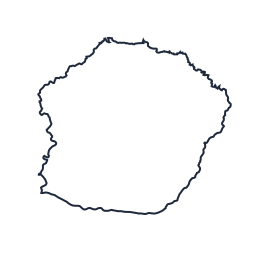 Rio Sono, Tocantins, Brazil, rotated 283°
{"feature_id": "56859067B84036552664614", "entity_name": "Rio Sono", "entity_type": "district", "adm_level": 2, "iso_a3": "BRA", "parent_name": "Brazil", "parent_adm1": "Tocantins", "projection": "robinson", "projection_center": [-47.503, -9.644], "detail": "fine", "context": "isolated", "style": "outline", "palette": "slate", "viewbox_px": 256, "rotation_deg": 283, "n_neighbors": 0, "source": "geoboundaries", "source_scale": "gbopen_adm2", "svg_char_len": 5787}
<svg xmlns="http://www.w3.org/2000/svg" viewBox="0 0 256 256"><g transform="rotate(283 128 128)"><path d="M58.2,182.7L59.3,182.5L60.4,183.0L61.3,183.2L62.4,183.7L62.9,184.2L63.9,186.5L64.6,187.6L65.6,188.6L66.7,189.3L67.3,189.8L68.2,191.9L69.0,192.4L70.2,192.3L73.6,192.8L75.0,193.1L80.0,195.2L81.7,196.1L82.3,196.7L82.8,198.0L83.7,198.7L86.3,199.8L87.0,199.9L89.6,200.0L91.6,200.7L92.1,201.3L92.8,201.3L93.6,202.0L94.3,203.6L94.8,204.2L95.5,204.6L96.3,204.3L98.1,204.8L98.9,205.2L99.7,205.2L100.4,206.3L101.3,207.1L102.9,207.3L103.5,207.5L104.3,207.5L105.7,206.8L107.1,205.1L107.9,205.0L108.7,205.4L110.1,205.3L111.2,206.0L112.2,205.7L113.1,206.0L115.6,205.5L116.5,205.6L119.2,206.8L121.0,207.3L123.5,206.4L124.3,206.4L126.1,207.4L127.7,207.4L129.5,206.7L130.5,205.8L131.1,206.2L131.0,206.9L131.2,207.9L131.9,208.4L136.0,209.6L137.6,211.0L138.7,213.2L141.2,214.1L142.0,215.0L143.0,215.8L144.3,218.6L145.0,219.3L147.3,219.8L148.3,219.9L149.9,220.4L151.3,221.1L151.9,220.5L152.4,219.3L153.2,218.7L154.3,218.6L156.7,219.5L158.2,219.4L159.0,219.2L159.8,218.6L161.7,219.2L162.4,219.8L163.5,219.4L166.1,219.0L167.0,219.8L167.3,220.7L168.4,221.4L169.5,221.4L170.4,221.8L171.0,222.5L172.0,223.0L173.7,222.9L174.8,222.4L175.5,220.8L176.4,220.1L176.9,219.3L177.9,218.9L179.3,218.9L180.6,218.4L182.5,216.4L184.0,215.7L184.7,215.6L185.9,215.1L187.2,214.7L187.3,213.6L187.6,213.0L187.7,212.3L187.0,211.3L185.9,211.0L185.9,210.2L186.4,209.5L187.1,208.2L187.9,207.6L189.2,207.6L188.5,207.0L187.5,206.4L186.6,206.3L187.0,205.4L187.3,204.0L188.5,204.1L189.3,203.3L188.6,203.1L187.7,202.7L187.3,201.9L187.3,201.2L187.5,200.1L188.4,200.0L190.1,200.0L190.7,198.9L191.3,198.8L192.2,199.4L193.1,199.0L193.7,197.8L193.9,195.7L194.7,194.7L195.3,194.3L197.5,194.6L197.5,192.8L196.7,191.2L196.7,189.6L198.0,189.9L198.8,190.5L199.9,190.3L200.1,189.3L199.6,188.6L198.5,187.7L198.8,187.0L199.8,187.3L200.7,185.9L201.0,184.9L200.8,183.0L199.7,182.6L199.3,181.3L200.1,180.0L200.2,179.2L201.6,178.5L202.2,178.9L203.5,176.9L204.4,176.7L203.9,175.8L203.2,175.1L203.6,173.8L205.0,173.8L205.8,172.8L205.8,171.8L207.5,171.6L208.5,170.5L209.5,170.5L210.3,169.5L212.6,168.0L213.3,166.9L213.0,166.3L212.8,164.6L213.7,164.1L213.0,162.8L214.0,161.8L212.4,160.9L212.0,160.5L211.8,159.2L210.8,159.3L210.1,156.3L210.8,155.7L210.4,155.0L210.5,154.3L211.4,151.7L212.0,151.2L211.5,150.8L210.7,150.9L211.0,150.2L210.8,149.5L211.0,148.1L210.6,146.7L211.0,145.9L209.9,144.4L209.5,143.2L208.3,141.1L208.2,139.8L208.3,139.1L209.2,138.3L210.3,138.6L211.3,138.4L211.7,137.5L211.1,135.3L211.0,133.3L211.2,132.4L211.3,131.1L211.9,130.5L212.2,129.3L213.0,128.8L214.9,128.5L215.5,128.0L215.8,127.2L215.7,125.9L216.0,124.8L216.6,123.7L217.2,123.2L215.2,123.0L214.7,123.6L214.2,123.9L213.1,119.6L211.8,115.9L211.0,115.4L210.8,114.5L210.9,113.8L211.2,112.9L210.6,111.7L210.3,110.6L210.4,108.6L210.2,108.0L210.4,107.2L210.0,106.5L210.3,105.3L209.9,103.6L209.5,102.4L209.4,101.1L208.8,99.4L208.7,98.4L209.5,96.4L209.4,94.7L210.3,92.9L211.9,92.1L211.6,91.0L211.6,89.8L211.2,88.3L209.3,89.4L207.7,89.9L207.4,90.5L207.1,89.6L207.6,88.8L207.6,87.8L210.1,85.8L209.7,84.9L209.0,85.2L206.9,84.4L206.7,83.5L204.8,83.0L204.9,81.7L204.5,81.2L203.9,81.9L203.0,81.2L201.3,80.4L200.2,79.8L199.6,79.7L198.2,78.8L197.7,77.5L196.5,77.0L194.4,77.6L192.6,77.0L189.5,74.5L189.0,73.8L188.1,71.4L186.6,72.1L185.8,71.1L183.9,71.2L182.9,71.0L182.2,70.5L181.3,69.5L180.3,69.0L179.8,68.6L179.5,67.9L179.8,67.1L179.9,65.9L178.0,63.8L176.6,62.5L176.4,61.9L176.4,60.5L176.1,59.6L175.6,59.1L175.2,57.6L174.3,57.1L170.9,56.4L169.7,56.4L168.7,55.6L167.6,55.1L166.8,55.3L166.1,55.7L165.4,56.3L164.4,55.9L162.6,53.6L162.2,52.5L162.5,51.1L162.2,50.6L161.0,49.7L161.0,48.8L160.7,47.1L160.3,46.3L158.8,46.4L158.0,45.9L156.1,46.0L155.4,45.8L155.1,45.3L155.1,44.6L156.0,42.1L155.4,41.2L153.7,41.1L153.0,40.9L152.4,40.4L152.0,39.6L151.5,37.9L151.1,37.2L148.0,35.9L145.5,34.2L144.8,33.9L142.5,34.3L141.3,33.3L140.7,33.0L139.9,33.6L139.1,34.8L138.0,35.5L136.5,36.8L135.9,37.2L135.1,37.3L134.6,36.7L134.1,35.8L133.3,36.1L132.2,37.1L130.3,37.8L128.2,39.2L127.7,40.0L126.4,39.6L125.4,39.6L124.0,38.6L123.2,38.6L122.6,38.8L121.7,39.9L121.3,40.5L121.5,41.4L122.9,42.4L123.4,43.1L123.3,44.8L123.4,46.3L123.1,46.9L121.7,47.8L120.6,49.2L118.3,50.2L114.9,52.4L114.1,52.4L111.9,51.6L107.9,49.2L107.3,49.4L106.1,50.4L105.8,51.2L105.6,52.7L105.3,53.4L104.6,54.1L103.0,56.0L102.4,56.1L101.0,55.5L100.1,55.4L99.2,55.6L98.7,56.4L98.4,57.6L98.5,59.3L98.3,60.1L97.4,61.3L96.7,61.5L96.0,61.5L95.1,60.9L94.5,60.4L93.4,58.9L92.7,58.3L90.7,57.0L89.4,56.3L87.4,56.0L85.0,56.1L84.1,56.3L83.3,57.1L82.4,57.2L81.6,56.9L81.2,56.1L81.5,54.2L82.0,52.7L81.4,52.3L80.7,52.2L80.0,52.2L79.4,52.5L79.0,53.2L78.8,53.8L78.8,55.8L78.6,56.5L77.8,56.5L75.3,56.0L73.7,54.1L73.2,53.7L72.4,53.6L71.4,53.7L70.2,54.1L68.4,54.2L66.2,53.3L64.8,53.2L64.3,52.9L63.5,51.8L63.0,51.5L62.4,51.6L62.5,52.3L62.9,53.1L63.0,53.8L62.0,55.2L61.5,56.1L59.2,58.9L56.1,61.0L55.5,61.1L54.0,60.6L53.1,59.6L51.7,57.8L50.5,56.7L49.6,57.0L48.3,58.0L47.2,58.2L45.2,58.1L45.2,58.9L46.3,61.5L46.6,62.1L46.8,63.7L46.8,65.5L46.2,68.3L46.2,70.9L46.1,71.8L44.7,75.5L43.5,80.4L42.2,85.2L41.3,86.7L40.4,89.5L40.1,91.2L40.2,92.9L40.4,94.6L40.9,96.2L41.1,98.1L40.9,98.9L40.5,99.6L39.2,101.8L38.8,102.9L38.8,104.1L39.3,105.2L40.9,107.3L41.5,108.6L41.5,109.4L41.1,112.0L41.1,113.6L41.4,114.7L41.9,115.5L43.1,117.0L43.4,117.6L43.7,118.5L43.9,119.5L43.8,120.3L42.6,122.0L42.2,122.9L42.1,123.9L42.9,127.4L43.6,128.8L44.3,129.6L44.5,130.5L44.5,132.3L44.7,136.7L45.4,140.3L45.5,141.3L45.5,142.9L46.1,146.5L46.6,148.6L47.1,156.4L47.0,157.5L47.3,158.1L47.7,160.5L48.0,163.7L48.5,165.2L49.6,166.8L50.0,168.1L50.2,170.4L50.5,172.7L51.3,174.8L52.0,175.7L52.3,176.5L54.7,179.6L55.8,180.7L56.4,181.2L57.2,181.6L58.2,182.7Z" fill="none" stroke="#1e293b" stroke-width="2"/></g></svg>